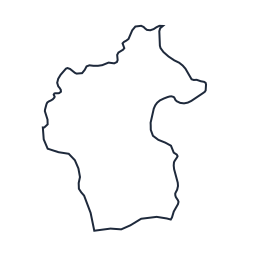 Hakkari, Equal Earth projection, rotated 259°
{"feature_id": "TUR-3047", "entity_name": "Hakkari", "entity_type": "Province", "adm_level": 1, "iso_a3": "TUR", "parent_name": "Turkey", "parent_adm1": "", "projection": "equal_earth", "projection_center": [44.217, 37.441], "detail": "fine", "context": "isolated", "style": "outline", "palette": "slate", "viewbox_px": 256, "rotation_deg": 259, "n_neighbors": 0, "source": "natural_earth", "source_scale": "10m", "svg_char_len": 1834}
<svg xmlns="http://www.w3.org/2000/svg" viewBox="0 0 256 256"><g transform="rotate(259 128 128)"><path d="M45.9,163.5L43.7,162.5L37.3,157.0L31.8,154.1L30.0,152.5L31.8,148.8L35.3,139.2L36.4,123.6L32.0,111.7L29.8,102.0L32.6,91.6L33.6,75.3L51.8,75.1L70.0,72.0L73.8,69.8L77.7,68.2L83.4,69.1L89.0,71.5L97.8,71.6L106.5,69.7L114.0,64.9L117.5,55.2L123.0,45.2L132.9,43.1L144.8,44.5L144.5,45.9L146.9,49.8L151.6,50.6L160.4,49.6L162.0,50.1L166.9,52.5L168.4,53.6L169.2,55.3L169.7,57.4L170.5,59.6L172.0,61.6L173.0,62.0L174.0,61.6L174.9,61.4L175.9,62.3L176.0,63.2L175.4,66.0L175.4,67.1L176.4,69.1L178.3,69.3L180.4,68.5L182.2,67.5L185.9,67.1L189.7,68.9L193.1,72.0L198.1,78.4L198.4,80.0L197.0,82.4L192.3,86.4L191.2,87.9L190.6,93.4L193.3,96.6L196.4,99.1L196.9,102.1L195.7,105.8L194.8,110.2L194.6,114.7L195.3,118.3L195.9,121.4L194.1,126.8L194.9,129.7L196.7,130.8L201.8,131.3L203.9,133.0L205.8,138.1L207.1,139.6L212.1,138.8L213.3,140.5L214.1,143.0L215.3,145.5L223.1,150.8L226.2,154.6L225.8,160.4L224.2,162.6L222.4,163.8L220.7,165.3L219.7,168.5L220.2,172.1L221.5,175.2L222.3,178.3L221.5,181.7L219.8,178.6L217.0,177.2L202.7,175.0L200.2,175.2L195.8,177.3L190.5,181.4L185.6,186.3L182.3,190.7L178.9,193.6L175.3,195.7L163.7,199.7L162.6,201.7L162.2,204.6L160.0,208.4L158.8,211.5L157.5,212.8L155.8,212.9L150.1,211.4L148.9,210.3L148.0,208.4L142.5,195.3L141.5,191.5L141.5,187.7L142.7,184.0L145.0,180.9L146.7,179.8L148.3,179.5L149.7,178.8L150.8,176.7L151.0,175.0L150.8,172.7L150.1,168.8L149.0,164.6L147.3,161.5L145.1,159.1L142.1,157.0L128.9,151.2L126.3,150.8L121.8,150.0L115.6,151.0L110.6,155.5L106.6,161.7L102.4,166.8L95.1,168.2L92.6,170.8L90.9,171.3L89.9,170.6L86.9,167.6L85.6,166.6L82.4,165.7L78.8,165.4L64.8,166.4L61.5,166.0L58.1,164.5L55.6,162.5L54.5,161.8L52.7,161.6L51.0,161.8L47.6,163.2L45.9,163.5Z" fill="none" stroke="#1e293b" stroke-width="2"/></g></svg>